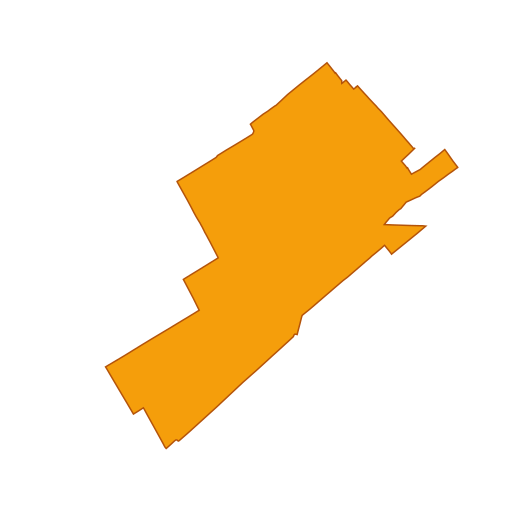 Amarastii De Sus, Dolj, Romania, rotated 131°
{"feature_id": "2599482B27183359976971", "entity_name": "Amarastii De Sus", "entity_type": "district", "adm_level": 2, "iso_a3": "ROU", "parent_name": "Romania", "parent_adm1": "Dolj", "projection": "natural_earth1", "projection_center": [24.187, 43.985], "detail": "fine", "context": "isolated", "style": "filled", "palette": "amber", "viewbox_px": 512, "rotation_deg": 131, "n_neighbors": 0, "source": "geoboundaries", "source_scale": "gbopen_adm2", "svg_char_len": 2843}
<svg xmlns="http://www.w3.org/2000/svg" viewBox="0 0 512 512"><g transform="rotate(131 256 256)"><path d="M438.7,295.9L438.8,295.4L441.3,288.0L445.7,274.8L448.8,265.5L451.5,257.3L455.7,244.8L450.6,243.2L444.5,241.4L444.8,240.3L447.3,233.6L452.4,219.6L458.1,204.1L459.9,199.5L460.2,197.5L459.6,197.4L455.8,196.9L449.2,196.2L448.1,196.0L447.6,195.9L447.3,195.6L446.9,195.3L446.7,194.8L446.7,193.8L446.7,193.3L446.5,193.1L446.0,192.9L444.1,192.6L441.1,192.2L432.4,191.0L428.9,190.6L421.5,189.7L411.3,188.5L396.3,186.7L359.9,183.0L340.1,180.4L320.9,178.2L312.6,177.2L296.1,175.3L293.1,175.0L292.5,174.9L292.0,175.0L291.4,175.3L290.7,175.5L289.5,175.4L288.8,174.5L288.3,173.4L287.7,173.7L286.0,174.6L277.7,178.7L272.2,181.5L270.6,182.2L269.7,182.1L260.7,180.5L249.7,178.9L227.6,175.7L217.5,174.2L211.6,173.0L189.1,169.8L182.6,168.8L180.2,168.6L174.5,167.6L167.6,166.5L167.4,166.5L164.0,166.1L163.6,166.0L164.2,162.4L164.8,158.9L165.5,155.5L165.7,154.9L132.6,149.1L122.1,147.5L123.9,150.1L125.6,152.1L132.2,160.1L143.1,173.5L148.1,179.8L145.4,180.0L142.5,180.0L139.7,180.1L136.2,179.0L131.3,178.9L127.1,178.4L125.3,177.8L116.8,178.0L112.2,175.9L107.7,173.9L105.3,172.7L103.9,171.9L103.1,171.6L100.9,171.5L94.7,170.1L87.9,168.7L80.0,167.3L74.4,165.9L67.9,164.5L63.2,163.3L59.9,162.6L56.8,161.8L56.7,162.0L55.1,169.9L53.0,178.2L52.3,181.2L51.8,183.4L53.7,183.7L58.1,184.4L64.1,185.6L74.9,187.5L81.3,188.6L82.9,188.8L83.9,189.2L92.3,192.4L90.8,197.3L90.0,199.5L90.6,199.6L89.9,202.4L89.0,208.6L82.9,208.0L79.1,207.6L70.7,206.9L70.7,207.1L70.9,207.2L71.1,207.3L71.4,207.7L71.5,208.2L71.3,209.3L71.1,210.5L71.0,211.1L70.9,212.1L70.4,215.2L70.1,217.6L69.8,219.8L68.8,226.4L66.4,245.1L64.8,256.0L64.4,261.1L64.0,263.7L63.7,267.3L63.0,274.2L62.6,277.2L62.2,281.0L61.6,286.1L61.0,291.0L61.9,291.2L62.9,291.4L62.9,291.2L65.9,291.8L65.1,297.7L64.4,301.8L64.2,303.5L65.3,303.7L66.0,303.8L66.4,303.9L67.5,304.1L68.9,304.3L69.5,304.5L67.4,306.4L67.1,308.4L66.2,313.0L65.5,316.1L66.1,316.2L66.0,316.5L64.6,323.6L63.6,329.2L80.5,332.1L89.8,333.9L98.3,335.5L113.5,338.1L129.2,339.7L130.1,340.1L135.0,341.3L138.9,342.1L144.4,343.7L157.4,346.3L160.2,346.7L160.3,346.3L162.6,340.4L163.0,339.7L163.7,339.3L165.2,338.8L166.1,338.6L166.9,338.7L178.1,342.2L188.9,345.7L195.8,348.0L201.1,349.6L205.6,351.0L206.1,350.8L207.1,350.8L207.9,350.8L213.8,352.6L230.8,357.9L246.3,362.8L251.5,364.5L252.0,363.5L257.4,348.5L258.8,344.6L261.9,336.5L264.1,331.0L265.5,327.2L266.6,323.9L267.8,320.0L268.7,317.7L269.5,315.4L270.1,314.0L270.9,312.0L271.6,310.5L273.1,306.3L274.0,304.0L275.7,299.5L278.4,292.7L281.9,283.9L282.2,283.3L307.0,291.0L311.7,292.5L321.3,295.5L327.6,279.3L328.8,276.2L334.2,263.3L347.6,267.5L351.8,268.9L372.3,275.5L387.9,280.6L397.9,283.8L418.4,290.2L434.4,295.5L438.4,296.8L438.6,296.0L438.7,295.9Z" fill="#f59e0b" stroke="#b45309" stroke-width="1.5"/></g></svg>